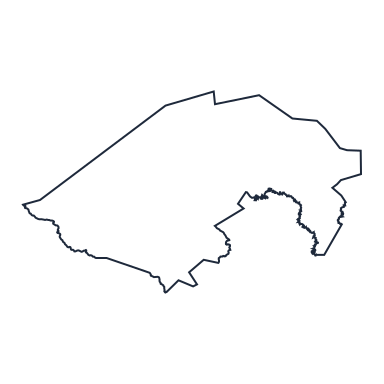 Middle Ramu District, Madang, Papua New Guinea
{"feature_id": "67681753B72942369161331", "entity_name": "Middle Ramu District", "entity_type": "district", "adm_level": 2, "iso_a3": "PNG", "parent_name": "Papua New Guinea", "parent_adm1": "Madang", "projection": "mercator", "projection_center": [144.728, -4.954], "detail": "fine", "context": "isolated", "style": "outline", "palette": "slate", "viewbox_px": 384, "rotation_deg": 0, "n_neighbors": 0, "source": "geoboundaries", "source_scale": "gbopen_adm2", "svg_char_len": 6013}
<svg xmlns="http://www.w3.org/2000/svg" viewBox="0 0 384 384"><path d="M23.0,204.7L23.2,205.0L23.8,205.6L24.9,205.4L25.4,205.9L25.5,206.1L24.9,207.2L25.0,207.7L25.2,208.1L26.5,208.2L26.9,208.4L28.3,209.4L28.5,209.8L28.7,210.9L29.6,213.2L30.1,213.5L30.8,213.7L31.5,214.8L32.1,215.3L32.6,215.5L33.7,215.5L34.9,216.7L35.5,217.6L36.5,218.2L36.9,218.3L38.2,219.0L39.7,219.3L41.2,219.2L42.5,219.4L44.1,219.7L44.7,219.9L45.6,219.9L46.4,219.6L46.9,219.6L48.3,220.0L49.2,220.0L50.4,220.5L52.3,220.6L53.5,221.1L54.0,221.7L54.0,222.0L53.1,223.0L53.3,223.8L55.5,225.2L55.9,225.4L57.0,225.4L57.5,225.6L58.4,226.7L58.6,228.1L57.8,229.7L57.8,230.2L58.5,230.9L58.5,231.2L58.3,231.6L57.5,231.9L57.2,232.2L57.2,232.5L57.7,233.0L59.4,233.4L60.2,234.1L60.3,234.8L60.1,235.4L59.7,236.3L59.7,236.7L59.8,237.2L61.0,239.1L61.3,239.5L62.4,240.2L63.0,241.8L64.5,242.9L65.0,244.2L66.3,245.3L67.4,246.9L68.3,247.3L69.5,246.9L70.1,247.0L70.4,247.2L70.6,247.6L70.7,248.4L71.0,249.4L71.4,249.8L73.0,249.8L73.9,250.5L74.4,251.4L75.4,251.4L77.3,250.5L78.7,250.4L81.5,251.8L82.1,251.7L83.0,251.2L83.7,250.7L84.1,250.6L85.0,250.7L85.6,250.1L85.9,250.0L86.2,250.3L86.3,251.0L85.8,251.6L85.8,252.1L86.3,252.7L87.1,253.1L88.4,254.9L89.7,255.5L90.7,255.2L91.9,255.6L92.8,256.6L93.2,256.7L94.1,256.7L95.2,257.7L96.0,258.0L106.6,258.0L149.7,272.8L150.8,274.5L150.7,275.2L150.9,275.7L151.3,275.7L152.3,276.3L153.5,276.8L153.9,277.1L157.7,276.8L158.8,277.2L159.1,277.6L159.3,278.3L159.6,279.9L159.5,280.7L159.7,281.7L160.5,282.7L160.7,283.1L160.6,283.7L160.9,284.0L161.5,284.1L163.3,285.3L163.6,286.2L164.3,287.0L164.2,288.2L164.6,290.1L164.3,291.2L165.0,292.3L165.4,292.5L166.2,291.8L166.6,292.0L178.5,280.3L193.1,286.4L197.0,284.4L189.1,272.3L203.7,259.8L218.3,262.9L218.6,262.6L219.0,261.7L219.0,260.2L218.7,259.2L218.8,258.1L219.9,257.4L220.4,256.6L220.7,256.5L222.2,256.6L223.2,255.9L223.7,256.0L224.2,256.4L225.0,256.0L225.5,256.2L226.2,255.5L226.4,254.9L228.4,253.8L228.7,252.8L228.3,251.5L228.5,250.7L229.0,250.2L230.3,249.9L229.8,248.4L229.3,247.6L229.7,246.6L230.0,246.2L230.0,245.3L229.6,245.1L229.6,244.8L229.3,244.6L228.4,244.5L227.9,244.2L226.9,244.7L226.0,244.2L225.9,243.3L226.1,242.0L227.0,240.8L229.3,240.2L229.2,239.6L226.5,237.7L225.4,235.4L224.3,234.1L223.9,233.1L223.2,232.2L220.0,230.5L219.4,229.5L216.9,228.2L215.7,226.6L214.9,225.9L243.6,208.5L238.0,203.8L245.9,192.1L247.1,192.4L250.0,196.4L251.9,197.8L252.9,197.7L254.2,197.3L255.0,199.0L255.0,199.5L254.7,200.2L256.0,200.3L256.2,199.7L255.9,198.2L256.2,197.9L257.1,198.2L257.9,198.9L258.1,197.8L257.9,197.2L257.4,196.6L256.8,196.7L256.0,196.3L255.7,195.9L255.9,195.5L256.5,195.4L256.7,195.8L258.2,196.5L258.7,197.1L260.5,197.6L261.7,196.2L262.1,195.0L262.5,195.4L262.5,196.0L261.8,196.9L260.5,198.1L260.7,198.6L261.5,198.9L262.2,198.9L262.6,198.6L262.7,197.3L263.1,197.1L265.5,198.4L265.9,197.9L266.4,197.0L267.5,197.8L267.6,197.5L266.8,196.5L266.3,196.3L264.8,196.2L264.5,195.9L264.7,193.8L265.3,193.0L265.8,191.9L266.7,191.9L267.0,191.3L267.4,190.9L267.9,191.3L269.6,191.1L269.3,190.5L268.5,190.1L268.6,188.7L269.3,188.5L271.2,188.9L271.1,189.9L272.0,190.8L273.3,190.6L273.7,191.0L272.9,192.1L273.4,192.2L274.2,191.9L274.9,193.0L275.2,193.0L275.5,192.0L276.2,192.5L277.3,192.9L278.1,194.0L279.5,194.6L279.9,194.5L280.2,193.7L280.1,193.1L279.8,192.6L279.9,192.2L280.3,192.2L280.6,192.6L280.5,193.5L281.6,193.8L282.2,194.5L282.5,194.2L283.0,192.6L283.9,192.6L284.0,193.0L284.9,194.0L285.7,194.3L285.9,194.9L286.9,195.3L287.0,196.3L287.8,196.3L288.4,196.1L288.8,195.6L289.1,196.3L290.0,196.5L290.9,196.1L291.4,196.4L292.4,198.0L293.1,197.9L293.6,199.0L295.0,199.5L295.3,200.2L294.0,200.8L294.2,201.2L295.1,200.9L296.3,201.3L296.3,201.7L295.9,202.0L296.0,202.3L297.2,202.6L297.8,202.5L298.3,203.3L299.2,202.7L299.2,203.7L299.7,204.4L300.5,204.6L301.0,205.2L300.5,205.9L301.2,207.8L300.7,208.5L301.0,209.8L300.2,210.1L300.9,210.6L301.2,211.2L300.5,211.8L300.1,211.5L298.8,213.5L298.8,214.0L300.2,213.8L300.7,214.3L299.4,215.5L299.5,216.4L299.9,216.5L299.5,217.5L299.7,217.8L298.7,218.5L299.4,218.8L298.7,219.7L297.8,219.9L298.0,220.1L298.6,220.0L298.9,220.3L298.4,220.4L299.0,221.1L298.5,221.4L298.1,221.9L298.7,221.8L299.6,224.1L300.0,223.4L300.4,224.3L301.8,223.9L303.0,224.6L303.3,225.4L302.9,226.1L304.0,225.8L304.2,226.9L303.6,227.5L304.3,227.8L304.7,227.3L305.5,227.5L306.0,227.0L306.3,228.2L306.9,228.9L307.1,228.3L308.1,228.5L308.4,229.2L307.8,228.8L308.0,230.0L308.6,229.8L309.2,230.2L308.6,230.4L309.5,231.4L309.7,230.5L311.1,232.5L312.0,232.9L313.3,232.3L313.1,232.8L313.8,232.7L314.6,233.8L314.4,234.5L314.8,235.2L314.7,235.8L313.6,236.1L313.2,237.5L314.1,237.0L314.7,237.7L315.7,238.0L315.4,238.9L316.2,239.7L315.0,241.7L315.7,242.1L316.7,241.6L317.0,242.6L317.9,242.7L317.8,243.1L316.4,243.2L315.7,244.7L314.9,244.5L314.7,244.9L314.9,246.0L314.0,246.1L314.5,246.8L314.4,247.9L313.3,248.4L314.0,248.5L313.9,249.3L315.2,249.8L315.3,250.1L314.9,250.4L314.8,251.8L314.4,251.8L314.3,250.7L313.5,250.9L312.6,252.3L312.4,250.8L311.7,251.3L311.7,252.4L312.3,253.3L312.6,252.7L313.7,252.1L314.3,252.0L314.3,252.6L313.9,254.0L314.8,254.6L315.3,255.5L315.6,255.5L315.8,254.6L316.1,254.5L316.2,254.9L324.2,254.9L341.8,224.3L340.9,223.7L340.1,223.9L339.2,222.6L338.7,223.0L338.6,223.9L338.5,222.8L338.6,222.2L338.3,221.9L338.6,221.6L338.2,220.4L337.8,220.3L337.8,219.9L338.4,219.2L338.9,219.0L339.0,218.4L338.9,217.8L339.9,216.8L340.3,217.0L342.4,216.6L341.2,215.8L341.5,215.6L341.6,214.5L343.0,214.5L343.0,213.8L342.2,213.8L341.9,213.4L342.4,213.0L342.5,212.5L342.8,212.6L342.6,212.0L342.2,212.1L341.7,212.4L341.5,211.2L341.1,211.1L340.7,210.8L340.6,210.3L341.1,209.2L340.9,208.2L342.0,207.4L343.8,206.9L343.7,206.4L343.7,205.6L344.3,205.9L345.1,205.6L344.7,205.0L344.7,204.6L345.0,204.6L345.1,203.0L345.0,202.6L345.7,202.2L341.3,195.5L332.4,187.8L337.1,184.2L340.9,180.1L361.0,174.1L360.7,150.7L347.0,150.2L339.9,148.1L325.3,128.9L316.9,120.8L292.4,118.5L259.1,95.2L215.0,104.2L213.7,91.5L165.5,105.6L40.0,200.0L23.0,204.7Z" fill="none" stroke="#1e293b" stroke-width="2"/></svg>